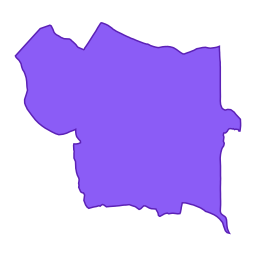 Dang Tong, Kâmpôt, Cambodia
{"feature_id": "14789045B85539457385801", "entity_name": "Dang Tong", "entity_type": "district", "adm_level": 2, "iso_a3": "KHM", "parent_name": "Cambodia", "parent_adm1": "Kâmpôt", "projection": "natural_earth1", "projection_center": [104.44, 10.699], "detail": "fine", "context": "isolated", "style": "filled", "palette": "violet", "viewbox_px": 256, "rotation_deg": 0, "n_neighbors": 0, "source": "geoboundaries", "source_scale": "gbopen_adm2", "svg_char_len": 4044}
<svg xmlns="http://www.w3.org/2000/svg" viewBox="0 0 256 256"><path d="M219.4,46.3L218.1,46.8L216.9,47.2L214.9,47.6L212.8,47.9L210.4,48.2L208.7,48.0L208.2,47.9L205.5,47.3L204.3,47.4L203.0,47.5L202.3,47.6L200.9,47.9L200.0,48.1L198.6,48.4L196.9,48.7L195.9,49.2L194.2,50.2L191.9,51.1L190.9,51.5L189.2,52.2L188.2,52.5L186.5,53.1L184.2,54.0L182.7,53.8L180.7,52.6L178.2,50.8L176.6,49.6L173.8,47.9L172.8,47.5L170.1,46.8L167.6,46.5L164.6,46.6L162.6,46.8L160.7,47.2L158.7,47.6L157.5,47.5L155.9,47.2L153.6,46.6L150.6,45.6L147.8,44.1L146.6,44.1L143.9,43.3L140.7,42.1L138.4,41.2L136.3,40.4L133.4,39.1L130.8,38.2L128.6,37.1L127.7,36.8L124.1,35.1L121.6,33.8L118.0,32.1L117.4,31.8L115.9,31.0L114.4,30.0L113.2,29.3L112.0,28.2L110.2,26.9L107.9,25.3L105.6,24.2L102.9,23.2L101.7,22.8L100.7,23.1L99.9,24.4L97.9,27.5L95.8,31.2L93.1,35.3L90.4,39.6L88.1,43.2L85.8,46.6L84.7,48.1L84.3,49.3L83.7,49.7L78.2,47.4L77.4,46.7L76.7,45.8L76.2,45.0L75.4,44.1L74.4,43.2L73.7,42.5L72.7,41.6L71.6,40.7L70.7,39.7L69.4,39.0L67.3,38.9L64.2,38.7L63.5,38.5L62.2,37.9L61.1,37.5L59.8,36.6L58.3,35.7L56.5,34.8L55.3,33.8L54.3,32.7L53.9,32.0L53.6,31.2L53.0,29.5L51.2,25.9L49.9,25.2L40.2,28.6L15.4,55.9L16.2,57.5L19.1,60.4L21.0,63.6L21.5,66.0L21.8,67.1L22.7,69.7L24.0,71.6L24.9,73.8L26.2,77.9L26.7,81.7L27.0,86.9L27.5,90.2L26.3,94.4L25.2,97.7L24.6,99.7L24.7,103.1L25.5,105.4L26.6,107.6L27.2,109.0L31.8,115.3L35.4,119.9L38.1,122.6L38.7,123.2L41.9,125.8L45.2,128.1L48.8,130.1L51.6,131.7L55.7,133.7L58.9,134.7L63.1,134.2L66.8,133.1L70.2,131.5L73.8,130.2L75.7,129.3L75.7,131.6L76.0,134.3L76.7,136.7L78.7,139.3L80.4,141.0L80.5,142.7L78.5,143.6L76.0,144.0L73.9,143.9L73.6,145.4L73.8,149.7L74.2,151.4L74.0,153.1L74.0,158.1L75.5,161.5L75.6,163.8L75.8,168.3L76.5,172.2L77.3,175.0L78.8,178.1L79.1,179.5L79.0,181.2L78.6,183.2L79.0,185.2L78.7,187.3L79.1,188.1L79.3,188.7L80.7,191.8L82.3,192.8L83.5,192.9L84.6,195.0L84.2,198.0L83.9,200.4L85.6,204.9L87.1,207.1L88.8,208.3L93.6,207.0L96.5,206.5L99.0,205.7L100.1,206.2L101.5,205.0L102.6,204.5L103.9,205.0L106.4,206.8L109.5,206.5L115.1,206.1L119.4,205.7L123.6,205.1L126.2,205.0L129.3,204.6L132.2,205.7L135.4,206.7L137.0,207.9L139.1,209.4L139.8,209.2L140.9,208.6L142.3,207.2L143.7,205.9L145.3,205.9L147.2,206.9L149.2,208.0L151.3,208.7L154.4,208.9L156.0,209.1L156.5,210.3L157.7,212.3L158.1,213.5L158.4,215.3L159.4,216.2L160.0,216.3L162.2,215.1L164.7,213.7L167.2,213.1L168.8,213.8L170.9,213.4L172.8,213.2L175.4,213.5L177.7,213.8L179.9,213.6L180.4,212.5L181.1,209.0L181.3,207.4L181.9,204.7L182.3,202.8L185.5,202.9L188.4,203.6L191.0,204.4L193.3,204.9L195.7,205.9L198.7,207.1L200.4,207.8L203.9,210.0L205.6,211.4L207.3,211.9L210.2,213.0L211.3,213.5L214.2,214.8L217.0,216.6L219.6,218.9L222.6,222.6L223.7,226.2L225.4,230.8L227.1,232.6L229.4,233.2L228.8,232.1L228.0,230.2L227.5,228.9L227.2,227.4L227.0,226.1L226.8,223.8L226.7,222.0L226.5,219.7L225.8,217.6L224.8,216.5L223.0,215.3L221.4,214.0L220.8,213.2L220.3,211.2L220.4,208.6L220.6,204.8L220.6,201.0L220.5,197.4L220.5,193.7L220.4,189.8L220.4,187.0L220.5,183.5L220.5,181.5L220.6,178.7L220.5,175.6L220.5,173.1L220.5,170.6L220.5,169.2L220.5,167.7L220.5,165.9L220.4,163.7L220.3,161.2L220.2,159.0L220.2,157.9L220.4,155.7L220.5,154.7L220.6,154.0L220.8,152.9L221.0,152.0L221.2,151.2L221.5,150.1L221.8,149.0L222.3,147.9L223.7,145.8L224.2,143.7L224.1,142.9L223.4,141.3L223.6,139.5L223.7,138.8L223.8,137.9L223.9,137.1L223.6,136.0L223.3,135.2L223.5,134.4L223.5,133.6L223.9,132.9L224.8,133.0L225.5,132.9L226.1,132.5L226.5,132.0L227.2,131.4L227.7,130.5L228.0,130.0L228.6,129.2L229.4,128.7L230.4,128.6L231.8,128.8L232.6,129.0L233.3,128.7L234.1,129.3L234.6,129.6L235.2,129.3L236.0,129.2L236.7,129.3L237.6,129.5L238.2,129.5L238.7,130.2L239.0,131.1L240.0,131.0L240.1,130.1L240.3,128.7L240.6,125.9L240.6,123.4L240.4,119.3L238.6,117.3L235.9,114.4L234.1,112.1L230.8,109.7L227.7,109.4L225.1,110.1L223.4,109.3L221.9,108.0L220.6,104.6L220.3,101.1L220.4,96.5L220.3,88.2L220.3,85.1L220.3,66.8L220.2,65.3L220.2,62.2L219.9,59.3L219.7,55.9L219.6,52.1L219.5,51.1L219.4,48.7L219.4,46.3Z" fill="#8b5cf6" stroke="#5b21b6" stroke-width="1.5"/></svg>